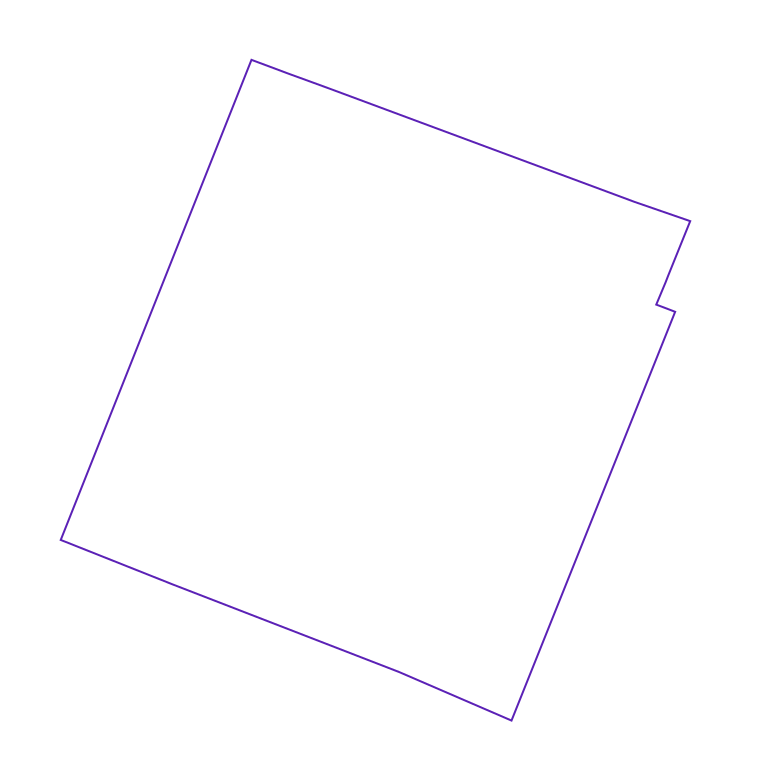 Hillsdale, Michigan, United States of America, rotated 202°
{"feature_id": "52423323B70338109854849", "entity_name": "Hillsdale", "entity_type": "district", "adm_level": 2, "iso_a3": "USA", "parent_name": "United States of America", "parent_adm1": "Michigan", "projection": "mercator", "projection_center": [-84.638, 41.885], "detail": "fine", "context": "isolated", "style": "outline", "palette": "violet", "viewbox_px": 768, "rotation_deg": 202, "n_neighbors": 0, "source": "geoboundaries", "source_scale": "gbopen_adm2", "svg_char_len": 406}
<svg xmlns="http://www.w3.org/2000/svg" viewBox="0 0 768 768"><g transform="rotate(202 384 384)"><path d="M587.3,636.0L590.5,635.9L628.2,634.9L628.3,634.9L625.3,118.3L505.1,119.0L262.3,122.6L139.7,119.7L141.1,560.0L147.6,559.9L161.3,559.6L161.0,583.7L161.1,591.4L161.1,598.0L161.1,615.4L161.1,633.7L161.1,649.7L219.9,646.7L546.9,637.4L587.3,636.0Z" fill="none" stroke="#5b21b6" stroke-width="2"/></g></svg>